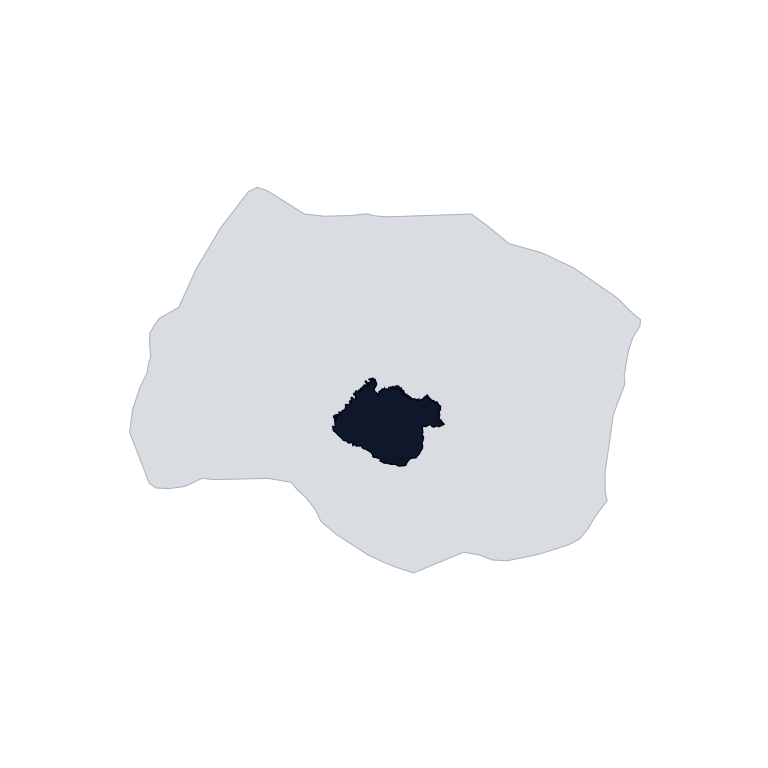 location of Khutlo-se-Metsi, Thaba-Tseka, Lesotho, rotated 58°
{"feature_id": "5366337B67147005930942", "entity_name": "Khutlo-se-Metsi", "entity_type": "district", "adm_level": 2, "iso_a3": "LSO", "parent_name": "Lesotho", "parent_adm1": "Thaba-Tseka", "projection": "natural_earth1", "projection_center": [28.357, -29.676], "detail": "fine", "context": "in_parent", "style": "filled", "palette": "ink", "viewbox_px": 768, "rotation_deg": 58, "n_neighbors": 0, "source": "geoboundaries", "source_scale": "gbopen_adm2", "svg_char_len": 7084}
<svg xmlns="http://www.w3.org/2000/svg" viewBox="0 0 768 768"><g transform="rotate(58 384 384)"><path d="M487.3,503.7L469.3,509.7L466.8,510.2L455.2,508.8L439.7,510.2L427.6,513.6L418.2,514.8L402.8,532.1L374.9,578.9L367.5,588.6L365.4,607.0L358.9,621.5L351.0,632.9L343.3,635.6L320.0,631.1L290.2,625.3L272.9,611.2L257.4,592.7L249.2,579.2L240.7,571.8L237.8,567.7L225.6,561.4L221.1,558.2L217.0,555.9L212.1,547.0L209.2,539.2L210.3,517.5L201.7,504.6L187.0,482.5L177.7,464.4L164.9,439.7L157.1,418.6L149.0,396.7L150.0,387.3L157.7,380.9L180.2,369.9L197.7,361.4L210.1,345.7L223.8,322.5L230.4,308.5L237.0,302.1L244.3,292.2L256.9,270.3L271.0,246.0L286.1,219.9L305.1,212.3L331.2,203.6L356.2,180.8L386.1,161.6L434.3,140.7L456.8,135.4L465.3,132.4L470.7,136.3L476.4,148.3L484.6,158.3L503.6,175.6L511.7,179.8L531.3,205.6L552.2,223.2L576.3,243.5L592.8,253.7L601.1,256.5L608.0,274.5L615.0,287.9L619.0,300.4L618.2,312.6L610.5,342.5L599.3,373.0L590.4,385.7L579.5,393.7L568.8,405.7L564.7,430.2L559.9,459.0L546.0,470.8L535.2,478.6L520.3,488.2L487.3,503.7Z" fill="#d9dde1" stroke="#a8b0b8" stroke-width="1"/><path d="M451.1,425.8L451.7,425.1L452.4,423.5L453.5,422.7L456.0,420.3L457.2,418.4L457.9,417.0L461.4,415.0L464.2,409.5L464.3,408.5L463.9,407.8L462.9,406.7L462.5,405.7L461.5,403.0L461.2,401.6L461.3,400.6L462.0,399.1L462.3,397.7L463.4,396.3L463.5,396.0L462.7,394.4L462.3,392.4L461.6,390.6L460.4,388.9L459.7,387.4L459.3,386.3L458.9,385.6L457.9,385.0L457.5,384.3L454.0,383.0L453.3,382.2L452.9,381.2L450.9,379.6L450.6,379.0L449.1,378.5L448.0,378.8L446.9,378.6L446.7,378.4L446.2,377.2L445.5,377.0L444.7,376.3L443.3,375.7L441.7,374.8L441.0,374.7L440.7,374.2L440.6,372.6L441.3,372.2L442.3,370.9L442.5,366.9L442.9,366.3L443.4,365.9L444.5,365.7L445.0,365.9L445.3,365.5L446.6,365.0L447.3,362.9L447.5,361.0L448.4,360.3L449.3,360.2L449.8,355.9L449.8,355.3L450.0,354.5L449.3,354.4L449.2,354.6L448.6,354.5L448.4,354.9L447.9,354.9L448.0,355.2L447.7,355.3L447.8,355.6L447.5,355.5L447.0,355.8L446.9,355.7L447.0,355.5L446.5,355.4L446.4,355.2L446.2,355.4L445.6,355.0L445.7,355.4L445.3,355.2L445.1,355.4L444.9,355.2L444.1,355.7L443.5,355.5L443.3,355.8L442.2,355.5L441.8,355.8L441.3,354.8L439.9,353.3L439.1,352.9L438.5,352.9L437.5,352.3L437.3,352.8L436.7,352.7L436.3,352.2L435.8,349.9L433.9,348.7L433.4,348.2L432.6,347.9L430.4,348.9L429.6,348.6L429.5,348.8L428.6,349.1L427.8,348.5L427.4,348.6L427.5,349.0L427.1,349.2L427.4,349.8L427.1,349.8L426.9,349.5L426.6,350.1L425.8,350.6L425.6,351.1L424.8,350.7L424.6,351.2L424.7,351.6L424.4,351.6L424.2,351.3L423.6,352.3L422.9,352.5L422.6,352.2L422.3,352.8L421.4,352.5L420.8,353.2L420.5,352.8L419.8,353.2L420.0,353.5L419.8,353.6L419.3,353.3L418.8,353.6L418.5,353.2L418.1,353.8L417.8,353.5L417.6,353.5L417.5,353.9L417.3,353.3L416.8,353.7L416.8,353.4L416.5,353.3L416.7,353.9L416.4,354.3L416.7,355.6L416.7,356.7L417.3,359.4L417.3,359.9L416.8,361.4L416.8,363.4L416.0,363.9L415.6,362.9L415.3,362.7L415.5,363.5L415.3,363.8L412.6,366.3L412.5,366.6L412.2,366.9L412.1,367.6L412.3,368.6L412.0,368.5L411.5,368.8L411.1,368.3L410.9,368.4L410.7,369.0L410.3,368.5L409.8,368.5L409.5,369.0L409.8,369.4L409.8,369.7L409.1,369.6L409.0,368.8L407.3,370.3L406.9,369.6L406.1,370.6L405.1,370.3L405.1,370.7L404.1,371.2L404.2,371.6L404.6,372.0L404.5,372.3L404.2,372.4L403.9,372.4L403.9,371.7L403.8,371.4L402.9,372.1L402.0,371.3L401.5,371.6L401.3,372.1L401.0,371.3L400.6,371.2L400.3,371.5L400.4,372.0L400.1,372.1L399.7,371.2L399.5,371.4L399.4,372.3L398.8,372.1L398.3,372.3L398.3,372.8L398.4,373.2L398.2,373.4L397.9,373.2L398.0,372.4L397.8,371.9L397.5,371.9L397.0,372.3L396.7,372.2L397.0,371.6L396.8,371.4L396.2,371.8L396.3,372.2L396.8,372.5L396.6,373.0L396.4,373.1L396.0,372.9L395.5,373.8L394.9,373.6L394.3,372.7L393.9,372.7L393.9,373.6L394.2,374.3L394.2,374.6L393.9,374.6L393.4,373.6L392.9,373.5L392.6,373.8L392.0,375.5L392.0,375.9L393.3,376.6L393.8,377.4L393.9,377.9L393.7,378.1L392.7,378.4L392.0,377.6L391.4,377.6L390.9,377.8L391.0,378.2L391.9,378.4L391.8,380.0L391.5,380.2L391.0,379.5L390.6,379.4L390.1,380.2L390.2,381.4L389.7,381.7L390.6,382.1L390.4,383.2L390.5,383.5L390.9,383.6L391.0,384.1L389.6,384.4L389.4,384.8L389.1,386.5L388.3,386.1L388.8,386.9L388.4,387.4L387.8,387.4L387.4,387.8L387.6,388.4L388.2,389.0L387.6,389.2L387.8,390.1L388.2,390.8L388.9,391.3L388.7,391.6L388.0,391.7L387.8,392.2L388.0,392.4L388.4,392.4L389.0,392.9L389.1,394.1L389.3,394.4L389.7,394.3L389.6,394.7L387.7,395.3L387.5,395.1L385.8,395.7L383.8,395.6L382.9,394.9L382.1,393.9L382.0,392.8L381.3,392.2L380.8,391.0L380.0,390.3L378.1,389.7L377.9,389.8L377.7,390.3L377.4,390.2L376.8,389.6L376.1,389.4L375.6,389.5L375.3,389.2L375.1,389.2L375.1,390.0L374.5,390.6L373.7,390.9L373.6,390.7L373.5,390.9L373.0,390.8L372.8,392.3L372.0,393.7L372.1,394.2L372.7,394.2L373.5,393.2L374.2,393.1L374.5,393.8L375.8,395.2L376.6,395.8L377.0,396.5L377.0,397.0L376.4,397.9L376.1,398.0L375.6,397.6L375.2,396.3L374.9,396.1L374.4,396.5L373.5,397.9L372.8,397.9L372.1,397.6L371.9,397.7L371.7,398.1L372.1,398.6L374.0,398.5L375.3,399.0L375.8,399.0L376.2,398.9L376.8,398.3L377.4,398.1L377.9,398.6L377.7,399.2L375.9,400.3L375.0,400.6L374.5,401.3L375.1,403.3L375.7,404.4L375.8,405.1L375.4,405.9L375.5,406.5L376.2,406.7L377.3,405.9L377.8,406.1L377.8,406.3L377.7,406.9L376.5,407.8L376.0,408.4L376.0,408.8L376.7,409.9L376.6,410.6L375.2,411.2L375.0,411.7L375.8,412.5L376.7,413.1L376.2,414.4L376.3,414.9L377.0,415.1L377.9,414.6L378.5,414.5L380.0,415.0L380.8,414.9L381.1,415.2L381.3,416.1L381.6,416.8L381.6,417.4L381.2,417.7L379.0,418.0L378.3,418.4L378.5,419.3L379.9,419.5L380.3,419.8L380.3,420.6L380.6,421.2L380.5,422.1L380.7,422.6L381.2,422.6L382.0,421.7L382.3,421.9L382.8,423.3L382.7,425.4L382.4,426.0L381.7,426.3L381.3,427.0L381.3,427.6L381.6,428.0L382.9,428.2L383.3,428.5L383.6,429.1L384.6,430.2L385.2,431.4L385.1,432.0L384.6,432.7L384.6,433.1L385.2,434.5L385.5,436.2L385.3,436.5L384.4,436.5L384.1,436.9L384.1,437.1L384.7,437.5L385.5,436.9L386.2,437.0L386.4,437.3L386.2,438.7L385.9,439.1L385.4,439.5L384.7,441.3L384.5,441.6L385.1,442.2L384.5,443.2L384.5,443.6L384.6,443.8L385.8,444.3L386.4,444.3L386.5,443.9L386.3,443.8L385.8,441.9L386.0,441.1L386.2,440.9L386.9,441.1L387.1,442.0L387.3,442.4L387.6,444.3L387.9,444.3L388.5,443.8L388.8,443.9L389.4,443.6L389.8,443.7L389.8,444.0L389.4,444.6L389.0,444.5L388.6,444.7L388.7,445.2L390.3,445.5L391.0,446.2L391.7,446.3L391.9,446.6L392.5,446.6L392.8,447.2L394.3,447.0L394.4,448.2L393.8,449.3L392.7,449.8L392.7,450.0L392.9,450.1L394.6,450.5L395.6,451.2L397.1,451.6L398.4,450.8L399.6,450.7L400.7,450.1L403.1,450.0L404.4,449.2L405.3,449.3L408.3,448.3L409.2,448.6L411.2,447.5L411.8,446.0L415.2,445.4L416.5,442.5L416.9,442.0L418.2,442.2L418.9,442.4L419.4,442.9L419.8,442.9L419.6,440.8L419.7,440.5L420.3,440.2L421.4,440.5L421.8,440.4L422.1,440.2L422.6,438.6L423.6,437.6L423.9,436.3L424.2,436.1L426.5,436.0L428.0,435.6L429.2,434.1L431.3,433.2L432.1,432.6L434.0,431.8L435.1,431.0L436.5,431.3L437.3,430.8L438.0,430.8L439.2,431.8L440.2,431.8L440.9,431.2L442.2,429.3L443.3,428.8L443.9,428.0L444.8,427.2L446.4,427.0L446.9,427.4L447.2,428.0L447.5,428.0L448.1,427.3L451.1,425.8Z" fill="#0f172a" stroke="#020617" stroke-width="1.5"/></g></svg>